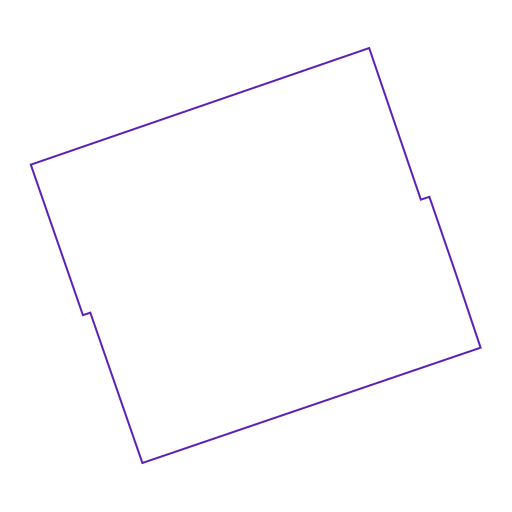 Grant, Minnesota, United States of America, rotated 161°
{"feature_id": "52423323B67353277532056", "entity_name": "Grant", "entity_type": "district", "adm_level": 2, "iso_a3": "USA", "parent_name": "United States of America", "parent_adm1": "Minnesota", "projection": "natural_earth1", "projection_center": [-96.012, 45.934], "detail": "fine", "context": "isolated", "style": "outline", "palette": "violet", "viewbox_px": 512, "rotation_deg": 161, "n_neighbors": 0, "source": "geoboundaries", "source_scale": "gbopen_adm2", "svg_char_len": 279}
<svg xmlns="http://www.w3.org/2000/svg" viewBox="0 0 512 512"><g transform="rotate(161 256 256)"><path d="M439.2,415.7L438.9,256.4L431.1,256.4L430.8,97.3L73.5,96.2L72.8,175.9L72.8,255.5L81.8,255.6L81.3,415.8L439.2,415.7Z" fill="none" stroke="#5b21b6" stroke-width="2"/></g></svg>